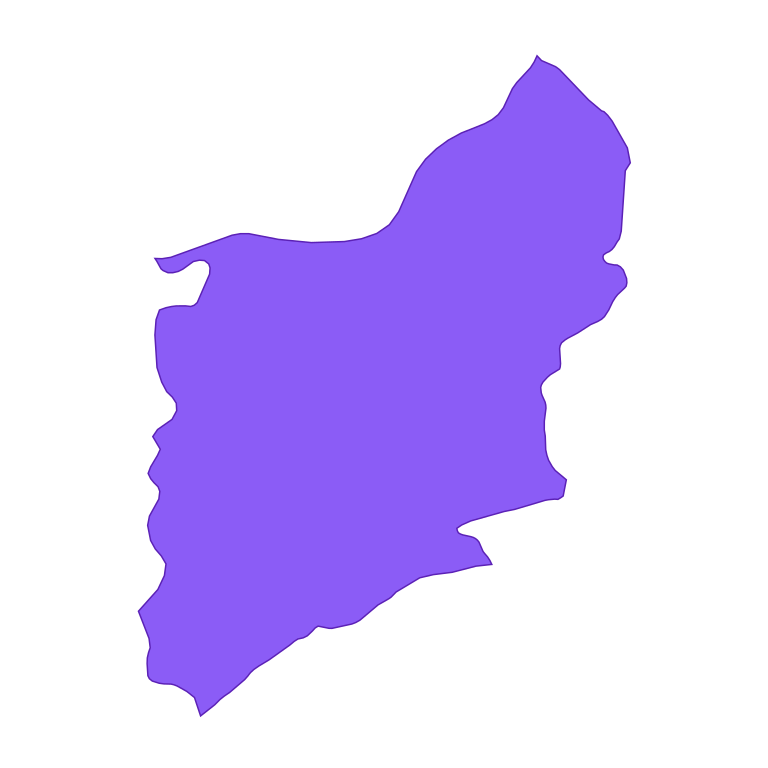 the Province of Mukdahan, rotated 263°
{"feature_id": "THA-473", "entity_name": "Mukdahan", "entity_type": "Province", "adm_level": 1, "iso_a3": "THA", "parent_name": "Thailand", "parent_adm1": "", "projection": "robinson", "projection_center": [104.5, 16.543], "detail": "fine", "context": "isolated", "style": "filled", "palette": "violet", "viewbox_px": 768, "rotation_deg": 263, "n_neighbors": 0, "source": "natural_earth", "source_scale": "10m", "svg_char_len": 2817}
<svg xmlns="http://www.w3.org/2000/svg" viewBox="0 0 768 768"><g transform="rotate(263 384 384)"><path d="M536.5,172.0L535.4,179.0L535.7,187.8L550.2,251.3L550.7,259.8L549.7,268.1L540.4,296.8L533.2,329.1L530.2,362.1L530.9,379.4L534.3,395.2L541.4,408.7L553.2,419.6L590.9,442.2L602.1,452.7L611.1,464.8L618.2,477.5L623.7,491.3L630.0,515.3L633.1,523.2L637.4,530.2L643.6,536.2L661.6,547.5L667.0,552.5L680.0,567.9L685.3,572.3L691.1,575.9L685.8,579.8L678.2,592.7L677.4,593.7L674.6,596.6L641.1,621.6L628.6,633.2L627.5,635.5L623.4,638.8L617.1,642.5L588.7,654.3L573.5,655.4L566.3,649.5L506.8,638.1L499.3,635.2L496.6,632.7L492.2,629.3L489.7,626.6L488.0,623.7L487.1,620.8L485.5,617.7L483.4,616.8L480.9,617.0L478.7,618.2L476.9,619.7L475.8,621.9L474.1,627.1L473.7,629.9L471.5,632.9L467.9,635.4L459.2,637.6L454.9,637.4L451.6,636.3L449.9,634.5L444.3,626.8L441.6,624.1L437.8,621.0L430.1,616.1L424.0,611.0L421.8,607.9L420.0,603.7L417.8,596.3L411.1,582.5L407.2,572.3L405.8,569.3L403.3,565.3L400.6,563.5L397.7,562.6L382.7,561.7L379.5,561.0L377.5,560.1L373.0,550.3L370.8,547.0L366.5,542.0L363.9,540.1L361.5,539.1L356.1,539.0L353.5,539.5L346.4,541.7L343.4,542.0L340.2,541.8L327.6,538.6L318.9,537.5L312.7,537.7L299.0,536.5L293.4,537.0L288.2,538.1L281.5,540.9L277.3,543.4L266.7,553.3L251.0,548.2L249.6,545.6L248.3,542.6L248.9,539.5L249.1,532.9L248.9,529.7L243.6,498.3L242.8,487.7L237.5,453.3L234.6,443.9L231.9,438.7L229.4,438.9L227.2,439.7L225.7,441.7L224.6,443.9L221.9,451.6L220.8,454.0L219.4,456.0L217.6,457.7L215.5,459.0L205.7,461.9L203.7,463.1L199.8,465.7L195.9,467.6L191.8,469.0L192.0,452.9L188.8,428.7L188.8,409.9L187.3,395.9L176.1,370.7L171.6,365.1L170.4,362.9L165.5,351.2L152.5,331.3L150.7,326.9L149.7,322.9L147.8,302.6L148.2,299.7L151.7,289.1L150.3,286.0L147.7,283.0L143.4,277.2L141.9,272.9L141.4,267.5L139.5,263.5L136.5,258.9L124.3,236.5L119.3,225.3L116.5,220.0L113.9,216.4L112.3,214.7L110.8,213.3L107.6,209.7L96.8,193.4L93.8,187.6L90.8,182.7L86.3,177.0L76.9,161.5L95.9,157.7L102.9,150.8L109.5,141.8L111.1,138.8L112.1,136.1L113.2,128.9L114.4,124.4L117.4,117.8L120.1,115.2L123.2,114.1L135.3,114.8L141.0,115.7L146.2,117.6L150.7,119.8L160.0,119.8L188.4,112.6L207.6,134.5L220.6,142.7L232.0,145.7L240.5,142.0L248.1,136.9L257.1,133.3L272.5,132.2L281.5,135.1L297.2,146.5L304.8,148.4L309.6,147.2L314.0,143.7L318.4,140.9L324.0,139.0L330.2,142.3L340.9,150.6L346.5,154.0L360.0,148.1L366.4,153.7L374.7,169.3L382.8,175.0L390.3,175.5L396.8,172.3L402.9,167.4L413.0,163.6L428.0,160.7L460.6,162.6L475.6,165.6L484.8,170.2L486.3,177.0L486.8,182.6L486.8,187.4L485.7,196.6L484.5,201.7L485.3,205.3L487.6,208.6L514.3,224.3L520.4,225.5L524.5,224.7L528.4,220.9L529.4,215.9L528.8,209.7L522.5,198.3L520.8,193.5L520.2,188.1L520.8,183.1L523.5,178.6L525.5,176.7L533.5,173.5L536.3,172.1L536.5,172.0Z" fill="#8b5cf6" stroke="#5b21b6" stroke-width="1.5"/></g></svg>